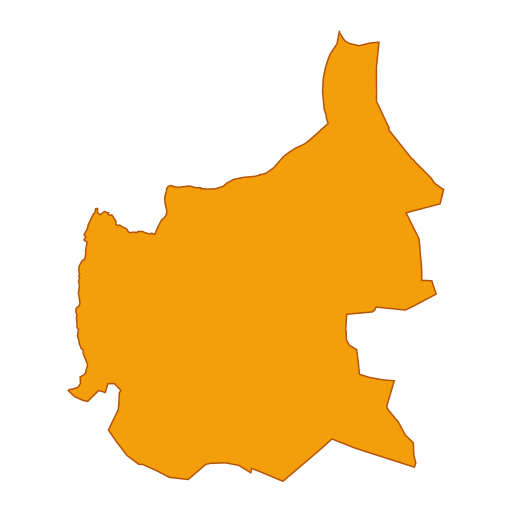 the district of Doedain, River Cess, Liberia
{"feature_id": "62588387B34334652858528", "entity_name": "Doedain", "entity_type": "district", "adm_level": 2, "iso_a3": "LBR", "parent_name": "Liberia", "parent_adm1": "River Cess", "projection": "orthographic", "projection_center": [-9.275, 6.287], "detail": "fine", "context": "isolated", "style": "filled", "palette": "amber", "viewbox_px": 512, "rotation_deg": 0, "n_neighbors": 0, "source": "geoboundaries", "source_scale": "gbopen_adm2", "svg_char_len": 3569}
<svg xmlns="http://www.w3.org/2000/svg" viewBox="0 0 512 512"><path d="M282.9,481.3L304.2,463.2L321.6,448.3L332.0,438.9L332.4,439.1L353.9,447.7L367.7,452.2L414.4,467.2L415.7,463.1L415.8,462.8L414.4,457.4L413.8,454.9L413.4,443.6L413.2,442.6L411.4,440.9L405.4,435.2L398.1,421.6L396.3,419.7L390.1,412.1L388.4,410.1L388.2,409.6L387.4,408.2L386.7,406.1L387.0,405.3L387.0,405.2L392.5,386.8L394.3,380.8L382.4,379.8L369.4,377.4L359.5,374.3L358.2,361.6L357.8,358.7L357.6,357.2L356.6,349.4L356.0,349.4L354.5,348.4L349.3,345.2L346.4,339.7L346.1,330.7L345.7,330.2L346.4,319.1L346.6,314.3L372.4,311.9L373.3,310.8L374.2,310.8L376.2,307.1L377.3,307.2L386.2,308.1L404.0,309.9L405.2,310.1L405.5,309.9L412.5,306.6L436.2,294.0L436.0,293.5L432.2,282.2L431.8,280.8L421.7,280.3L421.7,279.0L421.7,269.6L420.5,255.4L419.1,239.0L408.4,217.4L406.1,212.8L440.1,203.8L443.7,189.4L442.0,188.6L434.4,183.0L431.2,178.2L426.0,172.9L415.1,162.0L412.8,159.0L412.0,159.1L411.3,158.1L389.5,130.8L388.4,128.4L389.0,128.0L376.5,101.3L376.5,93.0L376.4,67.2L376.5,66.2L377.1,60.8L379.0,42.2L369.9,43.0L364.9,44.3L359.2,45.7L348.8,43.3L345.2,41.0L344.0,39.7L339.6,32.8L339.5,30.7L338.0,38.5L337.1,43.6L333.3,49.4L329.9,54.5L327.1,62.3L326.6,64.0L325.9,66.2L325.8,66.6L325.2,68.7L323.2,79.0L322.6,91.7L323.7,104.1L324.0,107.7L324.1,108.9L326.1,115.2L326.4,118.2L328.1,123.6L323.3,127.7L316.6,133.9L310.3,139.4L304.7,143.9L303.2,144.6L296.0,147.9L288.8,152.4L283.5,156.6L279.1,161.6L273.4,168.0L266.1,173.2L262.7,174.2L260.1,174.5L260.3,174.9L255.8,176.2L243.3,177.4L234.0,179.3L233.6,179.5L226.8,183.1L223.1,186.4L218.3,187.8L215.4,188.8L208.2,189.1L201.4,188.7L200.6,188.5L200.7,187.7L196.3,187.7L195.7,187.7L190.6,186.2L190.1,186.1L185.4,186.4L178.6,187.3L174.8,186.8L170.7,185.5L169.4,186.0L168.1,186.4L166.8,188.5L166.1,192.0L165.1,196.1L164.7,197.7L165.1,203.7L166.9,211.3L166.2,214.8L164.2,217.8L161.4,220.2L158.4,226.0L154.7,234.3L151.4,233.2L151.3,233.4L149.8,234.1L147.7,233.4L144.7,232.6L142.8,231.5L137.9,231.4L137.3,232.6L135.2,232.3L132.8,232.1L129.9,232.9L128.1,231.4L126.8,229.1L122.0,226.6L119.7,225.1L117.6,225.5L115.9,224.3L115.9,221.1L115.7,220.9L111.8,214.9L110.2,215.3L108.2,214.7L108.6,212.8L107.4,212.9L105.2,211.6L104.3,211.6L102.7,212.9L102.1,213.4L100.1,214.6L97.6,212.9L97.6,209.8L97.5,208.5L95.7,208.7L95.0,211.6L94.9,212.6L93.1,214.5L92.9,214.8L87.9,225.6L88.0,226.7L86.7,230.3L85.4,232.0L84.3,234.8L84.1,235.1L86.0,237.1L84.6,238.7L84.0,239.8L84.1,240.2L87.0,241.9L85.5,251.9L85.7,254.0L84.7,259.4L83.6,259.6L81.8,261.1L79.0,266.5L78.9,271.8L79.5,274.3L78.7,276.6L79.7,277.7L78.6,281.2L79.4,285.6L78.4,293.7L79.4,298.5L79.6,300.5L80.0,303.8L78.3,306.6L76.9,307.5L76.1,308.5L76.1,308.8L76.0,310.0L75.9,311.9L75.9,312.2L77.0,315.1L76.4,317.9L77.1,324.7L77.0,327.5L78.5,329.8L77.7,333.9L77.5,336.0L78.9,340.5L79.3,343.3L79.4,343.8L81.3,348.7L83.1,349.8L83.1,353.4L84.1,356.0L85.0,358.2L86.5,361.2L86.3,361.6L87.6,365.0L85.8,371.2L85.9,372.8L85.1,373.5L83.6,375.1L80.1,376.9L80.3,378.5L80.3,380.1L80.5,383.4L77.8,387.4L74.5,388.4L71.7,389.4L69.9,389.2L68.8,390.2L68.3,390.6L74.7,396.7L83.0,400.4L87.7,401.4L93.4,395.7L98.6,390.5L105.3,392.5L107.9,383.7L114.6,383.7L120.8,390.4L119.3,393.0L118.8,404.5L118.2,409.7L108.4,430.1L112.7,436.3L116.7,442.0L120.9,447.5L127.1,455.6L139.0,464.4L142.6,464.4L143.5,464.8L156.6,470.7L160.9,472.9L166.4,475.8L169.5,477.4L182.8,478.9L188.2,479.5L195.4,473.3L205.7,464.4L210.4,463.3L212.9,463.3L225.4,462.8L238.9,465.4L244.6,469.0L250.8,472.8L251.6,468.5L258.7,471.1L281.3,480.6L282.9,481.3Z" fill="#f59e0b" stroke="#b45309" stroke-width="1.5"/></svg>